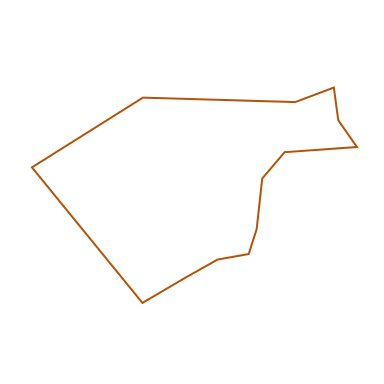 the state/province of Qala, rotated 184°
{"feature_id": "MLT-5980", "entity_name": "Qala", "entity_type": "state/province", "adm_level": 1, "iso_a3": "MLT", "parent_name": "Malta", "parent_adm1": "", "projection": "natural_earth1", "projection_center": [14.311, 36.036], "detail": "fine", "context": "isolated", "style": "outline", "palette": "amber", "viewbox_px": 384, "rotation_deg": 184, "n_neighbors": 0, "source": "natural_earth", "source_scale": "10m", "svg_char_len": 328}
<svg xmlns="http://www.w3.org/2000/svg" viewBox="0 0 384 384"><g transform="rotate(184 192 192)"><path d="M233.7,77.9L353.4,205.4L247.6,282.7L95.3,288.9L57.8,306.1L51.1,273.8L30.6,248.4L102.4,238.2L122.9,210.3L124.9,159.5L131.1,134.1L161.8,126.4L192.6,106.1L233.7,77.9Z" fill="none" stroke="#b45309" stroke-width="2"/></g></svg>